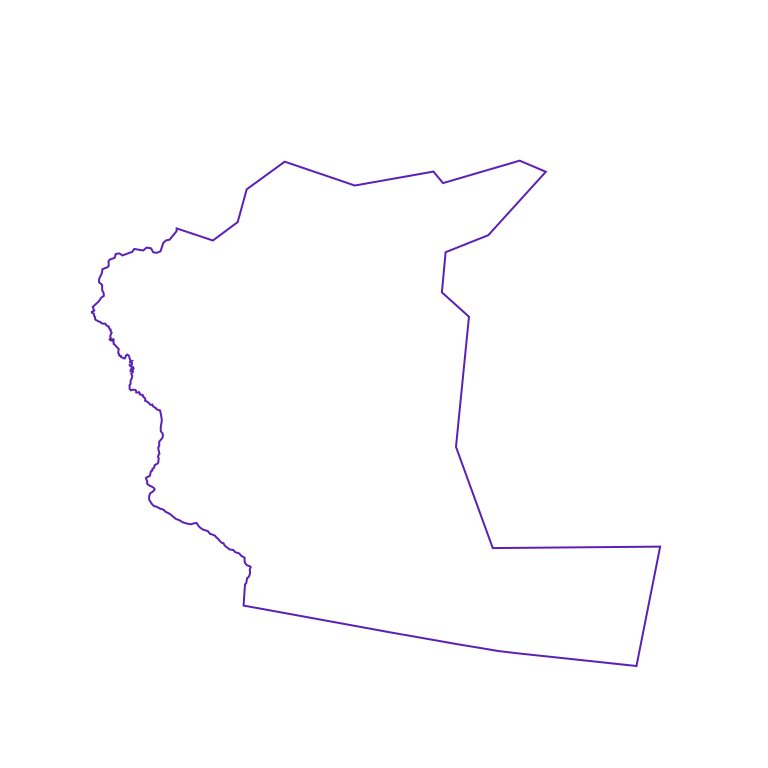 outline of Maiwut, Upper Nile, South Sudan, rotated 100°
{"feature_id": "79223893B33528845536299", "entity_name": "Maiwut", "entity_type": "district", "adm_level": 2, "iso_a3": "SSD", "parent_name": "South Sudan", "parent_adm1": "Upper Nile", "projection": "mercator", "projection_center": [33.888, 8.784], "detail": "fine", "context": "isolated", "style": "outline", "palette": "violet", "viewbox_px": 768, "rotation_deg": 100, "n_neighbors": 0, "source": "geoboundaries", "source_scale": "gbopen_adm2", "svg_char_len": 3547}
<svg xmlns="http://www.w3.org/2000/svg" viewBox="0 0 768 768"><g transform="rotate(100 384 384)"><path d="M617.9,86.4L496.2,83.8L526.7,248.4L433.4,302.2L303.0,312.0L283.7,342.9L243.5,346.2L219.3,307.1L146.9,261.5L140.5,289.2L157.3,323.2L175.9,360.8L166.2,372.2L193.6,447.2L182.3,520.4L216.1,553.0L249.9,556.2L272.4,577.4L266.8,615.2L269.5,614.8L279.1,620.2L280.4,623.6L283.5,625.9L292.1,627.1L294.3,630.6L294.3,634.2L290.8,637.0L290.9,641.5L294.3,644.3L294.4,653.4L297.5,654.8L302.8,663.9L301.3,667.3L302.5,670.7L306.6,671.2L309.0,675.6L310.8,676.6L315.3,675.6L316.9,676.5L319.8,681.2L323.7,681.1L330.3,682.8L333.3,682.3L335.4,678.8L340.4,677.9L343.3,675.8L345.9,675.2L348.1,677.5L352.1,679.2L358.6,684.2L361.2,682.7L362.0,682.1L363.6,684.2L364.5,684.1L365.1,682.0L366.2,681.5L367.4,681.3L368.3,680.1L370.3,679.8L371.0,678.8L372.1,675.4L372.1,674.2L372.9,673.2L373.3,672.4L373.3,670.9L373.0,669.9L373.0,668.7L374.0,668.3L375.2,665.9L375.1,665.2L376.4,664.5L377.9,663.4L377.9,662.6L379.4,662.3L380.2,661.9L380.8,661.1L382.1,661.5L383.8,661.9L385.0,661.8L386.1,661.1L387.7,661.9L388.4,661.2L388.5,660.1L387.3,659.5L386.9,658.2L387.7,657.8L389.1,658.2L390.0,657.3L391.4,657.3L392.3,655.7L394.1,653.5L395.6,651.3L397.7,651.3L399.6,651.1L400.6,650.0L401.5,650.0L402.1,649.3L402.1,647.9L403.1,647.6L403.4,646.3L403.8,645.4L403.9,643.8L402.8,643.4L401.1,643.1L399.7,642.1L400.0,640.9L400.8,639.9L402.7,639.1L405.0,637.7L405.1,636.6L406.1,637.9L406.9,637.9L406.9,636.9L406.6,636.1L407.0,635.8L408.8,635.7L409.4,636.1L409.6,637.6L410.6,636.9L411.0,635.5L411.0,634.0L412.1,633.3L412.9,633.7L412.9,635.1L413.7,635.9L415.3,635.8L414.9,635.1L414.2,633.9L415.3,633.3L416.6,633.7L417.6,634.7L418.5,634.4L419.7,633.3L422.0,633.3L424.5,634.1L425.7,634.0L427.7,633.6L429.3,634.4L430.6,634.1L432.9,633.7L434.2,632.1L433.2,630.3L433.0,628.0L433.8,626.9L435.3,626.6L435.3,625.1L434.5,624.0L435.3,623.1L436.7,622.6L436.7,621.1L436.8,619.6L438.1,619.3L438.9,617.8L440.0,616.5L441.9,616.4L442.3,614.8L443.5,612.2L444.7,611.1L445.1,609.9L444.5,608.6L446.1,607.5L447.0,605.7L447.0,604.9L447.9,604.2L448.8,602.2L448.8,601.2L448.9,600.0L451.5,598.9L454.9,597.6L458.6,596.4L461.9,596.4L464.7,596.4L467.4,596.0L469.3,595.6L471.1,593.5L473.2,592.7L475.3,592.8L477.4,593.9L480.0,595.4L481.6,595.0L484.0,594.6L485.9,595.3L488.0,594.6L489.9,593.8L491.9,593.0L493.3,593.8L494.7,594.0L495.3,593.6L496.4,592.9L498.7,592.9L500.5,592.6L501.7,593.3L503.9,595.8L505.0,595.8L506.6,596.0L507.7,597.3L509.5,597.1L510.4,598.4L513.0,598.5L515.3,598.7L516.6,600.9L517.9,602.1L519.4,601.4L520.4,600.5L521.9,600.2L523.5,599.8L524.9,597.1L525.3,595.2L526.1,592.9L527.4,591.6L528.7,591.9L530.7,593.6L532.1,595.2L535.2,595.8L538.7,595.2L542.4,591.8L544.2,589.4L544.3,587.0L544.9,584.8L545.7,582.6L545.8,580.9L546.2,579.0L547.8,576.9L548.4,574.5L549.3,572.1L551.1,568.9L553.0,565.5L553.7,561.7L555.1,558.4L555.5,555.2L555.7,553.3L555.7,549.9L554.1,546.7L553.4,544.4L555.5,542.5L557.1,540.7L558.9,536.7L559.1,534.9L559.4,532.0L560.5,530.8L561.9,529.1L562.0,527.2L562.8,523.9L564.5,522.2L565.2,520.5L567.0,518.5L568.6,516.3L568.6,514.5L570.1,513.4L571.4,511.9L572.7,509.2L573.7,507.6L573.7,506.0L573.7,503.5L575.2,501.7L575.7,500.3L575.7,498.1L576.6,496.4L578.0,494.7L578.6,492.9L579.4,491.0L581.9,490.7L584.1,489.9L586.1,487.8L586.6,486.1L586.8,484.3L587.5,483.5L589.8,484.0L590.8,483.9L592.1,483.2L594.2,483.1L597.0,483.5L599.1,485.1L601.4,485.1L604.1,485.1L605.5,486.1L626.6,483.8L627.5,335.9L627.5,265.5L627.1,224.7L626.0,205.2L617.9,86.4Z" fill="none" stroke="#5b21b6" stroke-width="2"/></g></svg>